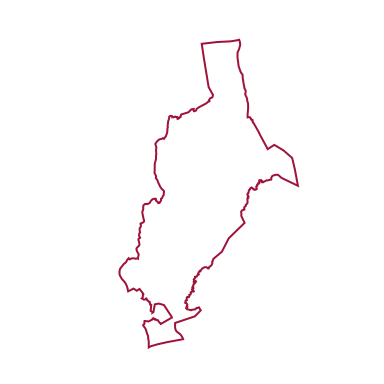 outline of Rangárþing ytra, Suðurland, Iceland, rotated 309°
{"feature_id": "244011B57462919825437", "entity_name": "Rangárþing ytra", "entity_type": "district", "adm_level": 2, "iso_a3": "ISL", "parent_name": "Iceland", "parent_adm1": "Suðurland", "projection": "mercator", "projection_center": [-19.711, 63.992], "detail": "fine", "context": "isolated", "style": "outline", "palette": "rose", "viewbox_px": 384, "rotation_deg": 309, "n_neighbors": 0, "source": "geoboundaries", "source_scale": "gbopen_adm2", "svg_char_len": 5983}
<svg xmlns="http://www.w3.org/2000/svg" viewBox="0 0 384 384"><g transform="rotate(309 192 192)"><path d="M340.0,132.8L337.6,131.0L333.3,127.1L324.3,117.1L313.3,106.3L303.4,117.1L284.0,138.9L280.6,147.3L278.5,148.2L277.7,148.0L276.7,147.3L275.3,147.2L273.9,147.4L273.7,147.9L273.8,148.2L273.4,148.5L272.5,147.8L269.9,147.3L261.8,143.9L259.3,143.3L258.0,143.9L256.5,143.2L256.0,142.7L256.5,141.7L257.7,141.0L257.4,140.6L256.5,140.3L255.9,139.5L252.2,139.1L251.1,138.7L245.6,134.9L245.0,134.9L243.2,135.9L242.9,135.9L242.7,135.5L241.0,135.5L239.7,134.8L240.2,134.0L240.8,134.0L241.1,133.8L241.1,133.5L240.1,132.2L240.1,131.5L240.0,131.4L238.6,130.8L238.3,130.0L237.7,129.7L238.3,129.1L238.4,128.6L237.5,127.3L236.6,126.9L236.2,126.9L234.8,127.9L231.9,129.0L227.7,131.7L227.1,132.5L225.6,133.1L224.3,134.2L222.5,135.3L218.9,136.6L215.7,136.7L215.8,135.9L215.7,135.6L214.8,135.4L212.7,133.8L211.3,133.2L208.4,133.0L206.2,133.3L204.6,135.8L203.0,137.1L202.0,137.6L198.9,140.5L197.5,141.2L195.1,143.2L190.5,145.3L184.5,150.0L183.3,150.7L181.7,154.2L180.0,155.2L180.0,155.6L179.3,157.9L178.4,159.2L176.2,163.7L175.5,166.0L175.3,167.3L175.3,168.7L175.0,169.6L174.6,170.1L173.2,170.8L172.0,171.9L170.6,171.9L168.4,172.6L167.2,172.2L165.9,173.3L163.0,173.6L162.2,172.8L162.8,172.3L162.6,171.5L162.5,171.1L162.7,170.7L162.6,169.6L162.9,169.0L163.8,168.6L163.9,168.2L163.5,167.4L162.9,167.1L162.6,166.5L161.5,165.9L159.7,165.6L156.7,166.0L154.3,164.8L154.1,164.5L154.0,163.9L153.1,163.0L151.3,162.7L149.9,163.2L148.7,164.4L147.7,165.0L145.1,166.0L143.0,168.3L142.3,169.4L141.6,170.0L139.7,172.7L139.1,173.2L137.8,173.3L135.2,171.9L134.8,172.0L134.2,173.1L133.9,173.4L132.0,174.2L131.0,174.1L129.6,175.1L127.8,177.1L126.7,177.1L125.2,178.0L124.3,178.9L124.0,180.2L123.8,180.5L122.0,180.0L121.2,180.3L119.3,183.0L118.1,184.2L117.3,184.6L113.7,184.3L112.9,184.6L112.2,185.2L111.4,186.5L109.9,189.9L106.5,191.6L106.2,191.9L106.0,191.2L104.7,190.3L104.2,189.1L102.8,187.2L102.1,186.7L100.8,186.3L100.3,185.8L100.3,185.6L100.7,184.8L100.7,184.4L98.1,184.4L95.8,184.9L94.4,184.7L93.6,184.3L87.2,184.4L84.7,185.6L82.4,187.5L81.5,189.1L80.3,192.2L79.5,197.0L78.8,198.8L77.2,201.7L74.6,204.9L80.2,207.4L80.5,211.2L83.6,212.2L82.4,217.6L82.0,217.8L82.0,218.4L81.8,218.7L81.4,218.5L79.1,220.0L77.7,219.9L78.1,222.5L79.2,223.3L80.4,223.4L80.6,223.6L79.9,224.9L79.8,225.7L79.6,225.9L79.9,226.3L79.6,227.6L79.9,228.2L79.3,228.5L79.1,229.2L79.2,229.5L78.9,229.9L78.2,230.3L78.2,230.8L78.3,231.1L78.2,231.3L78.4,231.5L73.6,234.7L73.8,237.1L73.4,237.3L74.4,237.6L81.3,233.8L84.3,236.3L86.5,241.3L82.1,255.1L81.8,255.4L69.8,250.8L70.2,249.7L70.0,249.1L70.9,245.9L70.0,244.9L70.1,244.7L70.1,244.2L70.2,243.6L69.5,243.3L69.5,242.8L69.7,242.7L69.4,242.3L69.6,242.1L69.5,241.9L69.6,241.7L69.4,241.6L69.4,241.3L68.9,241.0L68.1,241.5L64.1,239.7L61.9,236.3L60.5,237.2L59.7,238.0L58.6,237.9L58.2,238.0L57.8,237.8L57.4,238.5L56.8,241.0L56.1,242.7L53.8,246.0L52.6,248.2L52.1,248.8L50.7,250.0L49.0,252.1L44.0,256.2L46.3,257.1L52.0,261.1L59.7,267.2L72.0,277.7L72.9,276.3L73.8,273.5L74.1,272.0L73.9,269.1L74.0,267.7L74.4,266.3L75.5,264.8L76.3,263.9L79.6,261.3L97.2,272.5L105.5,273.3L106.7,270.0L105.6,269.5L104.7,268.5L102.9,268.4L100.1,265.8L99.5,265.7L97.8,261.8L98.2,261.4L98.0,261.0L98.0,260.6L98.6,260.3L99.1,260.8L99.6,260.8L99.9,260.6L99.7,259.9L99.9,259.7L101.1,259.5L101.6,259.2L102.3,257.0L101.6,256.8L101.5,256.7L101.6,256.4L102.5,256.1L103.5,255.4L104.1,255.5L104.7,256.1L106.5,254.4L106.9,254.3L107.7,254.5L108.0,255.5L108.4,255.8L109.7,255.3L110.4,254.6L111.3,255.3L112.5,255.0L113.3,254.1L114.8,254.8L115.3,255.6L115.9,255.9L116.2,255.3L115.8,254.6L116.2,253.3L116.7,253.2L117.3,253.8L117.9,253.8L118.4,253.4L118.4,253.0L118.1,252.5L118.2,252.2L119.4,252.4L120.3,251.5L121.1,251.6L121.6,251.3L122.7,251.6L122.9,250.2L123.5,249.6L124.1,249.6L124.3,249.9L123.9,250.5L124.0,250.7L124.5,251.5L124.9,251.6L125.1,251.3L124.8,249.4L125.1,249.0L125.1,248.4L125.3,248.3L127.1,248.5L128.0,247.7L128.4,248.0L129.0,248.8L129.3,248.9L131.1,248.5L131.9,249.2L132.3,249.1L132.3,248.7L132.6,248.0L134.4,247.7L135.6,247.7L135.7,248.4L137.0,248.1L139.1,248.1L139.4,248.4L140.4,248.6L141.6,249.2L142.6,250.5L142.8,252.0L142.7,252.7L143.2,253.1L144.0,252.5L147.0,253.2L149.2,252.8L149.9,252.3L150.5,251.5L151.5,251.5L153.5,250.7L164.4,252.8L179.2,249.7L201.1,252.3L204.3,245.6L204.6,245.2L206.1,244.2L207.4,242.7L208.0,242.5L209.6,242.6L210.5,243.3L211.2,243.4L211.4,243.7L211.7,243.5L211.9,242.9L213.2,242.2L214.8,242.6L215.8,241.9L216.2,242.1L218.5,242.0L221.8,239.2L222.4,239.5L222.7,239.4L222.6,238.8L222.8,238.7L223.4,239.1L223.8,239.0L224.0,238.7L223.8,238.6L223.8,238.3L224.6,237.4L224.8,236.7L225.9,236.2L226.2,236.5L226.8,236.5L229.2,235.1L230.2,235.5L231.3,235.0L232.1,235.0L233.0,235.5L233.1,235.9L232.8,236.9L233.3,237.7L233.2,238.1L232.9,238.3L233.0,238.5L233.0,239.3L234.0,240.1L235.2,240.4L235.6,239.5L236.7,238.5L237.6,238.8L237.7,238.5L238.8,238.0L239.4,238.4L240.5,238.0L240.7,238.7L241.1,238.8L241.5,238.4L242.5,238.2L242.7,237.9L242.7,237.3L243.5,236.9L244.8,238.3L244.7,238.7L244.7,239.2L244.6,239.5L243.9,239.7L243.6,240.1L244.0,240.9L244.3,241.1L245.0,241.1L245.7,241.7L248.0,242.6L248.7,243.6L250.0,244.4L251.4,245.7L251.7,245.7L252.8,244.8L254.4,244.3L255.6,244.6L258.0,246.1L259.5,248.1L259.3,252.7L263.5,270.4L274.4,257.6L281.5,248.4L281.9,236.8L280.4,226.3L272.9,223.8L273.9,221.7L279.1,209.2L280.6,206.1L284.3,196.6L284.3,196.2L284.3,195.9L284.4,195.4L284.9,195.0L285.2,194.2L285.9,194.0L286.1,193.7L286.1,193.4L285.7,193.0L285.7,192.4L285.6,192.2L286.1,191.7L286.2,190.7L286.5,190.3L286.5,189.9L286.0,189.1L285.0,188.3L286.3,187.1L292.7,182.7L296.1,179.8L297.5,177.7L298.9,176.4L299.8,175.0L301.5,171.7L303.1,171.0L304.3,170.2L304.7,169.7L305.3,168.1L305.9,167.1L306.8,166.4L307.4,165.4L312.4,159.8L314.8,157.6L315.2,156.9L315.5,155.2L316.0,154.1L319.0,149.2L325.2,142.7L328.0,140.4L329.6,139.4L332.6,138.7L336.8,136.8L338.8,134.7L340.0,132.8Z" fill="none" stroke="#9f1239" stroke-width="2"/></g></svg>